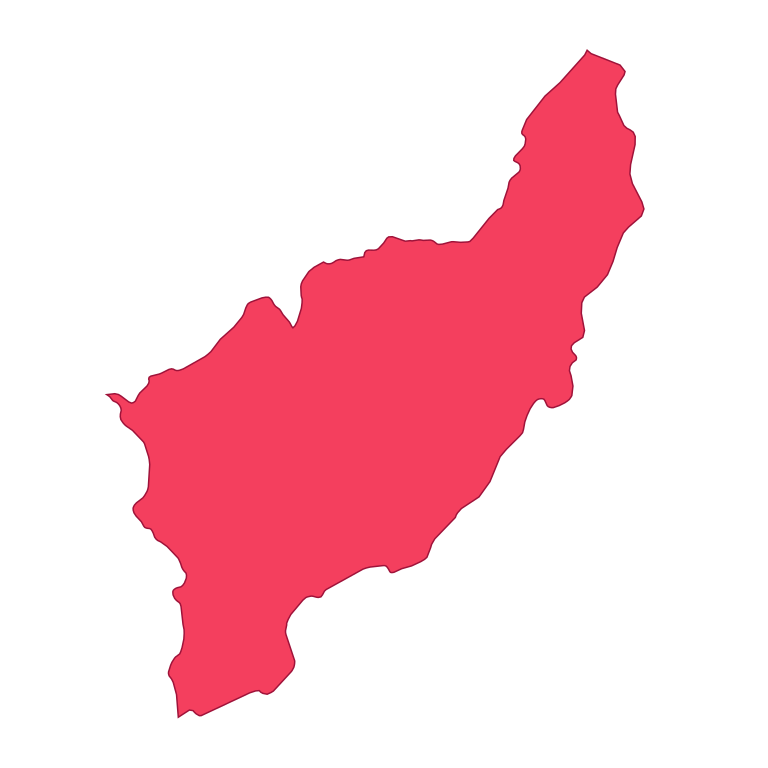 an SVG outline of Uttaradit, rotated 354°
{"feature_id": "THA-398", "entity_name": "Uttaradit", "entity_type": "Province", "adm_level": 1, "iso_a3": "THA", "parent_name": "Thailand", "parent_adm1": "", "projection": "natural_earth1", "projection_center": [100.438, 17.768], "detail": "fine", "context": "isolated", "style": "filled", "palette": "rose", "viewbox_px": 768, "rotation_deg": 354, "n_neighbors": 0, "source": "natural_earth", "source_scale": "10m", "svg_char_len": 4689}
<svg xmlns="http://www.w3.org/2000/svg" viewBox="0 0 768 768"><g transform="rotate(354 384 384)"><path d="M620.9,73.3L624.5,77.1L652.1,91.5L656.4,98.4L655.1,101.7L647.7,111.0L645.4,114.7L644.5,120.0L644.7,138.1L646.1,141.6L649.6,152.0L652.2,155.0L655.3,157.0L658.2,159.6L659.7,164.1L658.7,172.2L652.2,191.5L650.5,200.8L652.0,210.7L659.5,229.9L660.8,237.1L657.5,243.8L643.5,253.6L637.8,258.8L630.2,272.6L624.6,286.0L617.7,298.6L606.2,309.9L592.4,318.5L589.2,323.9L587.6,334.3L589.0,351.8L586.6,358.4L577.6,362.8L574.5,365.5L573.7,368.7L574.8,372.1L577.6,375.8L578.0,376.8L578.2,377.9L578.0,379.0L577.6,380.1L573.5,382.6L570.8,386.0L569.8,390.2L570.9,395.4L571.7,405.8L569.6,415.1L568.8,416.3L566.7,418.7L564.6,420.1L561.8,421.6L555.9,423.8L549.8,425.2L548.0,425.0L546.4,424.5L545.0,423.7L544.0,422.5L542.3,417.4L541.5,415.9L540.0,415.2L538.3,415.0L536.6,415.1L535.0,415.5L533.0,416.8L530.7,419.0L526.8,423.8L523.0,430.2L520.1,436.4L518.0,443.7L516.7,446.9L513.8,449.7L498.9,461.7L491.9,468.4L479.2,492.1L466.7,506.2L448.0,515.9L443.8,519.7L442.2,521.7L442.1,521.9L441.0,524.2L418.3,543.3L414.6,548.4L413.2,551.8L408.6,560.8L406.1,562.6L402.0,564.5L392.4,567.8L382.4,569.5L374.2,572.3L372.1,572.4L370.8,572.0L370.2,571.2L369.0,568.3L368.2,566.8L367.3,565.5L365.9,564.7L364.2,564.5L350.9,564.6L347.2,565.1L343.8,565.9L304.9,582.4L303.1,583.8L300.8,587.2L299.0,589.1L296.2,589.4L294.4,588.9L291.0,587.6L289.3,587.3L285.7,587.7L284.0,588.2L280.7,590.5L267.2,603.5L264.1,608.1L262.2,611.7L262.0,613.6L260.3,618.9L260.1,620.9L260.3,622.9L266.2,649.8L266.2,650.3L266.2,650.7L265.8,653.0L265.3,654.7L264.7,656.3L262.9,659.0L261.9,660.2L241.9,677.8L239.4,679.0L235.4,680.3L231.2,679.0L229.2,677.6L227.9,675.9L224.3,675.8L218.2,677.1L167.5,694.7L165.6,694.5L162.7,692.4L161.2,690.7L160.0,688.9L156.4,687.9L144.6,693.9L145.2,671.2L143.2,658.7L141.9,655.2L139.8,651.8L139.4,649.7L139.6,647.9L142.4,641.4L144.0,638.6L147.0,634.8L148.2,633.7L152.6,631.1L153.9,628.9L155.6,625.1L158.3,616.7L159.2,611.2L159.5,607.5L159.0,602.0L158.9,584.0L158.3,581.0L157.2,579.6L156.0,578.6L154.7,577.2L153.4,575.3L152.2,571.7L152.2,569.5L152.4,568.1L153.0,567.1L154.0,566.3L155.4,565.5L157.1,565.0L160.8,564.5L162.7,563.3L164.7,561.1L167.1,556.5L167.6,553.7L167.4,551.5L165.5,548.9L164.5,547.1L163.7,544.9L163.0,541.3L161.6,536.9L160.9,535.4L151.3,522.9L145.3,517.6L142.5,515.9L141.1,514.4L139.9,512.3L138.9,508.1L138.0,505.7L137.0,504.0L135.7,503.2L134.1,502.9L132.5,502.4L131.1,501.6L130.2,500.2L128.3,495.6L123.7,489.5L121.9,486.0L121.4,483.4L121.5,481.2L122.3,479.6L123.2,478.3L125.4,476.3L132.2,472.1L133.3,471.0L134.3,469.9L137.2,465.9L138.1,464.0L138.9,461.6L142.6,439.6L142.6,434.8L142.3,431.5L139.6,418.4L138.8,416.5L129.0,403.8L123.2,398.8L121.8,397.3L120.4,395.3L118.6,391.9L118.3,389.0L118.7,386.3L119.9,382.8L119.8,380.6L119.2,378.6L118.5,377.2L117.6,375.9L116.5,374.7L115.2,373.8L113.7,373.0L112.5,372.1L109.9,367.9L107.2,365.6L115.2,365.5L118.8,366.7L121.4,368.7L128.2,375.1L130.9,376.6L132.8,376.3L134.9,375.1L138.3,369.8L140.2,367.4L148.1,361.2L150.1,358.6L150.8,356.3L150.5,354.5L151.1,352.8L152.9,351.8L161.6,350.6L164.0,349.9L171.7,347.0L174.3,346.7L176.2,347.3L177.4,348.2L178.9,348.9L180.6,349.1L182.4,348.9L185.9,348.0L208.8,338.1L212.3,335.9L215.3,333.7L225.9,322.4L240.6,311.8L249.6,302.9L251.7,300.1L254.5,293.9L256.3,291.0L257.4,289.8L259.9,288.6L271.6,285.6L275.5,285.3L278.3,285.7L279.5,286.8L280.4,287.9L281.3,289.4L282.6,292.7L283.4,294.2L284.3,295.5L287.8,298.6L288.7,300.0L290.8,304.5L296.3,312.4L297.0,313.9L298.3,317.2L299.3,318.6L301.5,316.9L304.5,312.5L309.7,300.2L311.0,294.7L311.5,290.9L311.1,289.2L310.9,287.3L311.4,278.6L312.2,275.8L313.8,272.9L320.8,264.6L321.5,264.0L326.7,260.6L336.6,256.4L339.1,258.1L340.5,258.6L342.3,258.8L344.3,258.6L346.4,257.8L349.2,256.3L351.5,255.7L353.5,255.5L360.4,257.1L362.3,257.1L367.3,255.9L377.2,255.4L378.6,251.3L380.3,249.6L382.5,249.2L388.0,249.9L390.4,249.8L392.6,248.9L398.5,243.7L402.1,239.3L404.0,238.2L407.8,238.4L420.1,244.2L425.3,244.2L426.8,244.6L433.6,244.3L435.1,244.5L438.1,245.3L445.1,245.7L446.5,246.2L447.8,246.9L449.0,247.9L451.4,250.3L453.0,250.9L456.7,251.0L465.8,249.6L467.6,249.7L474.9,251.1L482.4,251.5L484.3,251.2L488.0,248.2L505.7,230.3L515.3,222.4L517.0,222.0L518.6,221.4L520.1,220.0L521.2,218.1L522.4,214.0L527.8,202.2L529.5,196.4L530.7,194.5L532.5,192.6L540.3,187.4L541.4,186.1L542.1,184.3L542.2,181.1L541.4,179.2L540.1,177.9L537.5,176.3L536.4,175.2L536.8,173.2L538.6,170.8L546.2,164.5L548.4,162.2L549.5,159.8L550.6,155.2L550.2,152.9L549.1,151.4L548.0,150.5L547.3,149.2L547.4,147.6L548.0,146.1L553.5,135.9L574.2,114.5L590.5,102.7L618.0,77.8L620.9,73.3Z" fill="#f43f5e" stroke="#9f1239" stroke-width="1.5"/></g></svg>